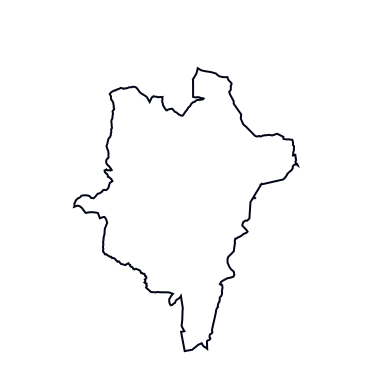 the district of San Antonio Cañada, Puebla, Mexico, rotated 319°
{"feature_id": "50627088B68124380296432", "entity_name": "San Antonio Cañada", "entity_type": "district", "adm_level": 2, "iso_a3": "MEX", "parent_name": "Mexico", "parent_adm1": "Puebla", "projection": "orthographic", "projection_center": [-97.28, 18.495], "detail": "fine", "context": "isolated", "style": "outline", "palette": "ink", "viewbox_px": 384, "rotation_deg": 319, "n_neighbors": 0, "source": "geoboundaries", "source_scale": "gbopen_adm2", "svg_char_len": 6022}
<svg xmlns="http://www.w3.org/2000/svg" viewBox="0 0 384 384"><g transform="rotate(319 192 192)"><path d="M218.2,249.4L229.5,238.0L234.1,236.5L234.4,237.1L234.9,236.9L235.4,237.9L235.7,237.9L235.6,236.6L235.3,236.1L247.9,232.1L248.3,231.6L249.9,231.5L249.9,232.1L268.9,242.3L270.1,242.4L270.8,242.2L272.1,242.3L272.3,242.0L274.4,241.6L275.3,241.2L275.5,241.0L277.8,240.7L281.2,240.9L281.8,240.6L283.4,240.3L284.7,239.0L285.9,238.5L286.5,238.5L287.8,238.9L288.7,239.5L289.1,240.2L289.3,241.2L289.8,239.8L289.3,238.6L289.5,237.8L290.0,237.0L291.5,236.2L292.1,235.3L292.2,234.7L293.3,233.6L293.4,232.8L294.4,231.8L294.3,231.5L294.0,231.4L293.3,231.4L292.2,230.6L293.7,229.4L294.5,228.4L296.0,227.6L296.4,227.0L297.1,226.6L297.4,226.1L298.9,224.6L299.1,224.2L298.9,222.8L299.8,222.1L301.5,219.7L301.9,218.3L300.8,217.3L300.0,216.1L297.8,214.3L295.9,212.0L296.7,210.5L297.1,210.3L294.6,204.2L293.5,203.4L291.9,203.0L291.5,202.6L289.7,202.0L287.7,199.5L286.7,198.7L284.6,197.5L284.0,196.7L281.6,195.6L280.6,195.4L280.0,195.0L279.7,194.2L279.1,193.5L278.2,193.3L277.3,192.6L277.0,192.2L276.4,190.8L275.6,178.0L275.1,174.6L276.9,168.7L280.0,165.7L281.4,152.7L283.0,150.9L284.7,143.3L285.7,140.9L287.7,140.5L288.5,140.1L290.1,138.4L290.6,137.5L291.5,137.2L293.1,136.0L293.0,131.1L294.1,128.5L291.5,126.4L289.4,123.9L288.5,122.4L288.0,120.4L287.8,118.3L285.1,114.1L280.6,108.7L278.8,106.2L277.5,102.3L275.2,104.1L272.8,105.6L267.9,107.2L266.6,107.5L265.8,108.7L255.2,121.0L256.9,123.1L258.8,124.3L259.6,125.5L260.0,126.4L262.1,128.9L262.1,129.2L261.0,129.2L258.5,127.7L256.4,126.0L254.4,125.6L253.2,125.7L251.8,125.0L249.1,125.0L247.1,125.9L244.5,125.9L242.1,126.7L240.1,127.0L236.4,128.0L235.3,128.2L234.7,128.1L233.5,126.5L233.3,125.5L232.9,124.9L232.5,122.0L231.7,120.1L231.6,118.9L231.8,117.1L231.7,116.2L229.8,114.9L228.0,114.1L227.0,114.1L226.2,113.5L226.1,113.1L226.3,112.3L226.5,110.3L227.1,107.4L228.1,105.9L228.6,104.5L229.4,103.6L230.3,102.9L231.1,102.0L231.1,101.5L232.0,100.9L231.2,100.4L230.7,99.7L228.5,98.2L227.7,96.8L227.0,96.2L225.8,94.5L223.6,94.3L219.1,96.3L220.2,90.8L220.0,89.5L218.4,84.3L218.1,82.5L218.5,77.9L218.3,76.2L217.9,75.3L216.8,74.1L216.1,73.6L215.1,73.3L214.1,72.4L212.9,71.6L211.3,71.2L209.0,69.6L207.9,69.1L207.6,68.1L206.5,66.7L204.9,66.4L203.0,65.5L200.9,65.2L200.4,64.5L199.2,64.4L198.5,64.0L196.0,63.7L194.2,64.1L194.0,64.9L193.9,65.8L193.4,66.9L191.7,69.1L191.6,71.3L191.2,72.7L189.2,76.1L188.5,76.6L188.2,77.0L187.9,78.2L186.7,78.8L186.0,78.6L185.1,79.0L184.7,79.3L183.8,81.1L182.5,82.0L180.1,84.3L179.2,84.6L178.0,85.3L176.9,86.4L176.2,87.7L174.9,89.2L173.7,91.1L172.5,91.7L172.1,91.7L170.2,94.0L168.8,94.8L168.4,95.5L167.6,96.1L166.0,96.8L164.6,96.8L163.0,97.5L162.7,97.9L161.2,98.9L160.1,99.8L157.6,101.3L156.0,104.9L155.9,105.7L154.9,107.1L154.5,108.0L152.9,109.5L152.2,110.7L150.9,111.5L150.1,111.2L148.4,111.7L147.1,112.8L146.2,114.1L146.0,116.9L146.4,118.4L146.2,118.8L146.1,121.2L145.8,122.7L144.6,122.3L143.9,121.3L143.0,120.7L142.1,119.7L142.1,118.8L141.1,118.7L140.1,118.4L139.3,119.9L139.4,122.0L139.7,122.6L139.4,124.2L138.6,125.1L138.5,125.4L139.4,127.2L139.5,129.8L139.0,131.6L138.4,131.4L137.6,131.5L136.4,131.2L136.0,131.3L134.2,132.2L133.2,133.1L131.6,134.0L131.1,134.2L129.2,134.3L128.5,134.2L127.9,133.7L127.2,132.9L126.6,132.4L126.2,132.3L125.5,132.3L124.6,132.8L123.9,132.6L122.6,132.6L120.6,132.0L120.1,131.6L119.3,131.5L115.9,132.1L113.7,132.2L111.9,130.1L112.0,128.2L111.4,126.8L110.9,126.1L110.5,125.9L109.8,124.8L107.1,122.8L106.0,122.3L103.5,122.6L101.5,121.9L98.7,122.1L98.0,122.7L96.9,122.9L96.4,123.4L95.7,123.6L94.0,125.6L93.4,125.9L96.8,127.3L97.9,129.0L98.4,131.6L98.0,138.0L101.3,140.0L103.5,141.8L105.5,143.9L107.2,146.1L105.3,151.4L108.4,152.6L109.5,153.3L109.5,155.4L108.5,158.3L107.7,159.7L105.6,160.7L104.3,161.5L103.2,161.9L101.6,163.0L98.5,166.2L96.1,167.9L94.7,169.0L94.0,170.0L91.9,171.5L91.6,172.4L90.8,173.1L90.1,174.1L89.5,174.4L88.1,175.8L87.9,176.6L85.9,178.4L85.7,179.0L85.9,179.9L85.4,181.9L86.0,182.5L86.5,182.7L86.7,184.5L87.3,185.6L87.6,187.1L88.6,188.0L88.3,189.5L89.5,190.4L89.8,191.1L90.0,191.7L89.9,193.9L90.2,194.6L90.0,195.8L91.1,196.2L91.3,196.5L91.2,199.6L93.8,203.4L97.3,204.0L97.1,205.6L97.5,206.5L96.9,207.1L96.7,207.7L97.7,209.7L97.7,210.2L97.2,211.4L97.4,212.2L97.7,212.6L99.2,213.0L101.1,216.7L101.2,217.7L100.8,218.1L100.8,218.9L100.4,219.7L100.5,220.0L100.8,220.0L101.3,220.4L101.4,221.7L102.3,222.5L102.1,223.6L101.5,224.4L101.6,225.4L101.9,225.6L101.7,226.3L100.9,227.1L100.6,227.2L99.0,227.0L98.5,228.4L97.9,229.0L96.8,229.1L97.0,229.9L97.3,230.0L97.5,231.3L97.1,231.4L96.6,231.9L96.6,232.9L96.0,233.5L94.7,233.8L94.6,234.2L95.5,240.7L99.3,244.4L100.3,244.7L101.8,246.4L108.7,252.6L110.8,256.3L107.5,256.9L105.9,257.6L104.7,257.8L103.0,259.7L102.2,261.0L101.8,262.2L101.7,263.6L103.0,264.2L104.8,264.2L106.3,264.5L108.1,263.6L109.4,263.3L113.3,263.8L115.4,263.2L108.8,273.7L106.4,276.0L100.8,282.1L96.2,286.3L94.9,292.1L92.0,290.4L82.1,307.3L88.7,311.2L96.4,311.4L100.1,312.5L99.5,314.9L99.8,317.4L100.3,318.2L100.6,320.3L105.4,314.4L106.4,314.3L108.2,315.0L109.4,314.8L109.8,314.5L110.0,314.2L109.9,313.2L111.5,311.6L112.4,311.3L114.2,311.6L115.1,311.4L115.8,310.6L116.3,309.5L117.1,308.8L129.5,299.7L131.3,298.3L131.7,297.8L132.9,296.9L134.5,296.1L136.3,295.8L136.6,295.0L137.5,294.2L139.2,293.1L140.7,292.8L141.1,292.3L141.8,292.0L143.4,290.1L144.4,289.7L145.9,289.7L147.8,288.6L148.7,287.7L149.0,287.0L150.0,286.2L151.0,285.1L152.1,284.4L153.5,282.3L153.7,281.5L152.6,280.4L152.6,279.8L153.7,279.7L154.3,279.1L155.0,278.9L157.5,279.2L162.4,280.4L164.1,281.5L167.6,283.1L169.5,282.4L171.3,279.4L170.8,276.4L170.9,273.7L172.4,268.8L174.8,265.9L176.9,264.7L181.3,264.5L184.7,264.1L189.9,259.5L191.0,258.8L191.6,257.6L192.7,256.5L193.3,256.3L194.1,255.6L195.1,256.3L196.7,256.4L198.6,257.0L201.0,257.5L203.2,257.4L206.3,258.5L207.9,258.4L208.2,256.1L207.9,250.4L208.3,249.9L210.7,248.4L211.9,248.6L212.3,248.4L213.6,248.7L214.8,249.8L217.6,249.7L218.2,249.4Z" fill="none" stroke="#020617" stroke-width="2"/></g></svg>